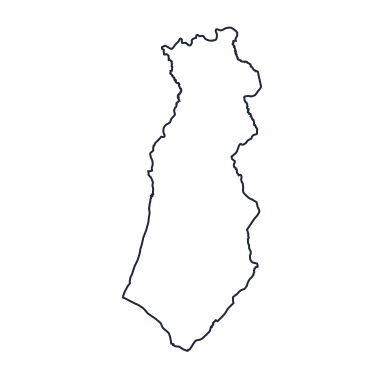 the district of Chom Phra, Surin, Thailand, rotated 79°
{"feature_id": "78962969B42359071454830", "entity_name": "Chom Phra", "entity_type": "district", "adm_level": 2, "iso_a3": "THA", "parent_name": "Thailand", "parent_adm1": "Surin", "projection": "albers", "projection_center": [103.521, 15.133], "detail": "fine", "context": "isolated", "style": "outline", "palette": "slate", "viewbox_px": 384, "rotation_deg": 79, "n_neighbors": 0, "source": "geoboundaries", "source_scale": "gbopen_adm2", "svg_char_len": 5964}
<svg xmlns="http://www.w3.org/2000/svg" viewBox="0 0 384 384"><g transform="rotate(79 192 192)"><path d="M309.2,172.6L307.1,172.5L303.6,172.0L302.7,171.4L300.8,167.2L298.7,164.7L298.3,163.4L297.6,162.2L297.3,159.4L296.5,158.0L294.3,155.8L292.4,155.0L289.7,153.1L288.4,151.7L286.5,149.0L285.4,148.1L285.3,147.6L283.7,147.1L282.7,146.2L282.0,146.1L280.8,146.2L280.0,145.5L279.3,145.4L278.7,144.4L278.0,143.9L277.8,142.8L278.1,142.4L277.8,141.8L276.4,141.6L274.8,141.8L274.1,142.8L273.0,145.6L272.1,146.6L270.0,147.5L268.8,147.7L265.4,147.2L263.8,146.1L262.2,145.8L260.7,145.9L258.2,146.7L255.4,146.1L252.6,146.7L248.9,146.1L247.5,145.0L246.0,145.3L245.0,144.8L242.9,144.8L242.5,145.0L240.7,144.9L239.5,145.2L229.9,135.6L228.0,133.0L226.6,131.5L224.2,129.6L222.3,129.6L218.6,130.5L215.7,130.4L214.4,130.6L211.3,133.8L209.5,136.4L208.2,137.7L204.0,140.7L202.3,141.6L200.0,141.6L197.3,140.9L194.4,140.6L193.1,140.6L191.2,141.3L189.2,141.4L186.8,140.5L185.1,140.6L184.4,141.2L184.6,143.0L182.9,143.4L182.2,144.0L181.3,144.1L178.4,143.8L177.9,144.6L176.5,144.6L175.9,145.6L174.6,146.0L172.8,145.6L171.3,144.4L169.9,144.1L167.3,146.3L165.1,146.5L164.5,146.0L163.9,144.6L162.0,141.5L160.4,139.9L155.9,137.3L154.2,135.7L154.3,134.8L155.2,133.6L155.1,131.8L154.0,129.5L152.2,127.6L151.7,126.6L150.9,123.6L148.9,122.4L147.8,120.8L147.5,117.5L147.0,117.0L145.6,116.8L142.5,116.0L141.9,116.1L140.7,117.0L139.9,116.8L139.6,117.2L138.3,117.3L138.0,118.2L136.6,118.1L135.9,117.7L135.1,118.0L134.6,117.8L132.8,117.9L132.7,118.0L132.8,118.5L132.2,118.9L129.4,119.4L128.9,119.9L128.3,119.4L126.5,119.8L126.4,120.9L124.9,121.1L124.4,122.0L123.9,121.9L123.4,121.5L122.4,121.3L122.2,120.8L121.6,120.6L121.4,120.7L121.1,121.5L119.7,121.9L118.8,121.6L118.6,121.2L118.2,121.1L117.4,121.3L116.1,121.0L115.7,121.3L114.6,121.5L114.2,122.1L113.7,122.4L111.5,122.8L108.9,122.7L108.3,121.9L108.3,121.2L108.4,118.7L109.5,115.5L109.3,113.2L109.0,111.8L108.4,110.9L105.3,107.6L103.5,105.3L101.7,104.1L86.5,104.4L85.4,106.0L85.6,106.3L85.6,106.6L84.9,106.7L83.9,108.1L81.2,109.1L80.5,110.0L79.6,110.5L79.0,110.1L78.2,110.2L76.8,111.3L75.8,112.9L74.6,113.4L74.2,114.5L74.5,115.4L74.1,115.6L73.4,118.3L72.8,119.1L72.3,119.1L72.1,119.6L71.4,120.0L71.1,121.0L70.4,121.7L69.8,121.7L69.1,121.4L68.8,121.8L68.2,121.7L66.8,122.3L65.8,122.0L65.6,122.3L64.8,122.2L64.5,122.6L64.7,122.8L64.4,122.9L63.7,122.7L62.8,122.8L62.7,122.3L61.8,122.8L61.7,122.4L61.3,122.6L60.9,122.3L58.1,122.7L58.0,122.9L57.6,122.6L57.1,122.9L56.9,122.7L56.6,123.0L56.3,123.0L55.9,123.4L54.8,123.4L54.3,123.9L54.1,123.7L54.2,123.2L52.7,123.1L52.6,122.5L51.6,122.4L51.6,120.8L51.9,120.1L50.5,120.2L49.6,119.9L47.3,117.8L44.3,117.2L42.6,118.0L39.7,120.5L38.3,122.1L37.7,123.7L37.6,127.5L38.7,130.9L38.8,133.0L38.6,133.8L37.1,136.0L37.0,137.1L37.6,137.7L38.4,138.0L42.5,137.5L45.3,138.3L46.8,139.2L47.3,140.6L47.3,143.4L46.5,146.5L45.8,147.7L44.2,149.7L41.5,150.9L40.8,151.6L40.6,152.3L40.6,154.5L40.0,155.4L39.1,156.3L38.9,157.1L39.0,157.6L39.4,158.0L41.4,158.6L41.8,161.6L42.7,163.0L43.5,163.5L45.2,163.5L46.7,164.5L47.5,165.3L47.7,165.9L47.3,167.4L44.4,169.4L44.0,172.4L43.6,173.3L42.6,173.3L40.5,172.9L39.6,173.3L39.2,174.0L39.5,174.9L41.4,176.2L44.3,180.5L46.8,183.0L47.4,184.1L47.5,184.9L47.3,185.7L43.4,190.0L43.3,190.8L43.8,192.9L43.8,193.5L44.4,193.9L45.6,194.1L47.0,192.5L48.8,193.0L51.6,193.1L51.9,192.6L51.8,191.0L52.6,189.8L53.8,189.0L55.7,189.4L56.3,189.0L57.6,189.7L58.1,189.7L58.6,188.0L59.2,187.8L60.0,186.9L61.1,187.3L63.0,187.3L64.7,188.1L65.4,187.5L66.9,187.9L69.2,188.7L69.0,190.0L71.3,190.2L71.3,190.6L71.7,190.6L73.2,189.3L73.9,189.4L74.3,189.2L74.6,188.7L75.1,188.8L76.1,188.4L76.4,187.7L78.3,187.8L78.4,187.0L79.2,186.5L79.6,186.6L79.6,187.2L80.9,187.0L82.2,185.9L82.2,184.7L83.0,184.0L84.0,183.9L84.2,184.4L84.9,184.5L86.0,184.4L86.7,184.0L87.8,184.0L88.4,183.6L88.5,183.2L89.5,183.4L90.1,183.0L90.7,183.2L91.3,183.7L91.4,184.1L92.0,184.1L92.3,184.7L93.2,185.0L93.4,186.3L93.7,186.6L94.1,186.6L94.4,187.3L95.0,187.6L95.6,187.7L95.8,187.2L96.2,187.4L96.8,187.2L97.1,187.8L99.2,187.0L99.8,187.3L100.2,187.1L100.4,188.0L101.4,189.1L101.3,189.6L101.8,190.3L102.4,190.5L102.8,190.3L103.3,190.7L104.1,190.7L105.3,191.2L106.0,192.5L107.7,193.6L108.9,194.1L112.0,193.9L112.9,194.1L114.3,195.6L115.0,196.9L116.3,198.4L119.4,200.2L120.3,202.2L121.1,204.9L122.2,206.2L124.0,207.7L126.8,208.6L129.7,208.5L130.4,208.1L131.8,208.2L132.4,208.6L132.6,209.1L132.4,210.2L131.9,211.5L132.0,211.8L133.8,214.0L136.8,218.5L137.5,219.2L139.2,220.1L139.1,220.8L141.7,221.8L143.7,222.1L144.1,222.4L145.6,225.1L146.0,225.5L147.4,225.9L149.7,225.8L153.3,225.0L155.3,225.0L157.6,225.3L160.8,227.0L163.4,227.1L163.6,228.6L163.3,231.0L164.8,231.0L167.1,231.4L167.8,230.8L169.4,230.1L169.7,229.6L171.0,229.2L174.8,228.6L175.5,228.6L177.9,229.6L181.4,229.5L185.0,230.4L186.7,230.4L186.9,230.8L186.8,231.8L188.0,231.5L188.0,232.7L188.7,232.4L189.2,233.4L190.1,233.2L191.1,234.1L193.2,234.7L195.7,235.9L199.4,237.0L199.6,237.3L203.6,237.5L205.2,237.8L209.9,239.6L213.1,240.5L220.3,244.0L227.9,248.7L234.0,251.3L238.6,253.8L240.6,254.4L243.5,255.7L248.0,258.1L253.8,262.4L261.5,266.7L264.2,268.8L267.6,270.1L269.8,270.4L271.8,272.8L277.5,277.4L279.8,278.8L282.4,279.9L284.6,276.8L290.3,269.7L292.6,266.3L296.3,262.5L298.2,261.1L302.6,258.7L310.0,251.5L314.3,248.1L315.3,247.6L318.5,246.9L320.2,246.3L325.6,242.0L327.2,241.5L329.6,241.2L333.7,241.1L336.8,241.4L337.7,239.5L338.6,239.9L339.1,238.8L339.5,238.8L340.5,237.3L341.1,234.7L341.8,233.6L344.6,230.8L346.9,227.3L347.0,226.4L346.1,225.9L346.2,224.3L341.0,219.4L339.0,217.3L338.5,216.4L338.5,212.8L338.2,210.8L337.4,209.3L333.2,202.6L331.7,200.9L328.0,199.1L328.3,198.3L327.4,198.1L327.2,197.6L326.7,197.4L326.6,196.9L326.2,196.7L326.1,196.4L325.7,196.2L325.1,196.5L324.4,196.2L324.3,195.8L323.7,195.2L323.3,194.2L322.4,193.3L322.8,192.8L322.8,192.4L323.7,191.6L323.1,190.6L318.7,184.2L317.1,182.4L313.2,178.8L309.9,174.0L309.2,172.6Z" fill="none" stroke="#1e293b" stroke-width="2"/></g></svg>